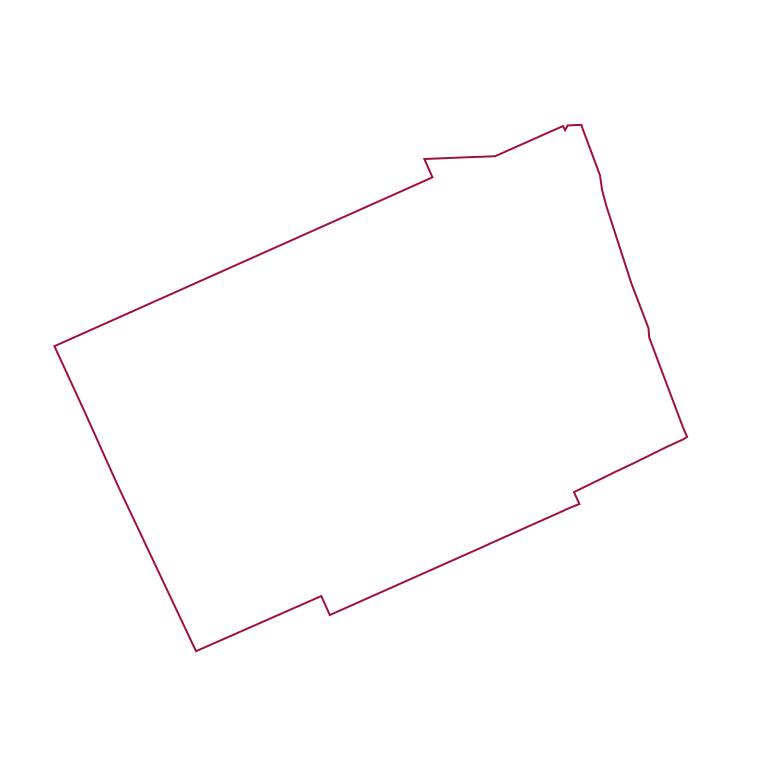 Broward, Florida, United States of America (Equal Earth projection), rotated 336°
{"feature_id": "52423323B57626365826979", "entity_name": "Broward", "entity_type": "district", "adm_level": 2, "iso_a3": "USA", "parent_name": "United States of America", "parent_adm1": "Florida", "projection": "equal_earth", "projection_center": [-80.306, 26.156], "detail": "fine", "context": "isolated", "style": "outline", "palette": "rose", "viewbox_px": 768, "rotation_deg": 336, "n_neighbors": 0, "source": "geoboundaries", "source_scale": "gbopen_adm2", "svg_char_len": 677}
<svg xmlns="http://www.w3.org/2000/svg" viewBox="0 0 768 768"><g transform="rotate(336 384 384)"><path d="M99.2,285.9L99.5,368.0L99.5,368.3L103.6,551.6L240.5,552.2L240.5,573.0L411.2,573.0L416.9,572.9L456.9,572.8L491.2,572.8L502.6,572.7L513.7,573.1L513.6,560.0L548.0,558.8L560.1,558.3L576.7,558.0L605.4,556.9L618.0,556.4L635.1,556.3L639.4,555.6L639.5,545.0L645.2,449.3L647.3,443.5L648.3,440.7L651.0,391.8L659.5,312.1L662.1,295.6L666.2,281.2L669.4,229.8L669.7,227.5L657.0,222.5L652.7,225.8L652.4,221.2L637.6,221.1L602.4,221.1L602.2,221.1L578.1,221.1L545.7,208.1L512.4,194.9L512.3,214.9L511.9,214.9L98.3,215.4L99.2,285.9Z" fill="none" stroke="#9f1239" stroke-width="2"/></g></svg>